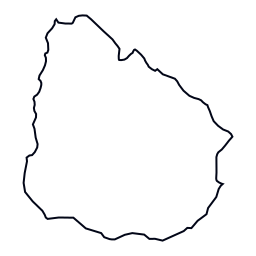 map outline of Uruguay (Mercator projection)
{"feature_id": "URY", "entity_name": "Uruguay", "entity_type": "country or territory", "adm_level": 0, "iso_a3": "URY", "parent_name": "South America", "parent_adm1": "", "projection": "mercator", "projection_center": [-56.018, -32.517], "detail": "fine", "context": "isolated", "style": "outline", "palette": "ink", "viewbox_px": 256, "rotation_deg": 0, "n_neighbors": 0, "source": "natural_earth", "source_scale": "50m", "svg_char_len": 1713}
<svg xmlns="http://www.w3.org/2000/svg" viewBox="0 0 256 256"><path d="M222.7,184.0L220.8,185.7L218.7,189.0L216.3,197.0L208.1,208.0L206.5,214.2L197.6,220.8L191.4,228.1L187.3,227.9L183.7,231.1L162.6,240.6L155.0,238.8L149.4,238.9L144.2,234.6L132.3,233.1L124.8,234.8L114.8,239.4L111.8,239.4L109.6,239.1L104.2,237.2L101.2,233.1L85.8,228.4L73.4,217.7L58.8,217.5L47.6,218.9L45.8,217.5L44.7,214.7L42.4,210.8L32.7,201.4L25.1,192.0L23.6,182.9L24.7,173.0L27.0,161.3L26.6,157.6L29.4,155.5L32.1,155.1L34.8,152.1L37.2,147.5L37.6,144.1L35.7,137.7L34.5,128.8L32.9,124.4L36.0,117.4L36.1,114.0L34.4,111.0L33.9,108.0L34.7,104.9L34.5,101.8L33.4,99.0L34.3,96.6L37.1,94.7L39.2,91.8L40.6,87.9L41.3,84.9L41.3,82.9L40.5,80.9L38.7,79.1L39.5,75.5L42.9,70.1L45.0,65.3L46.0,61.2L45.9,57.8L44.8,55.2L45.3,53.5L47.4,52.6L48.3,49.9L48.0,43.2L45.8,37.7L47.5,33.3L52.1,28.3L54.6,24.2L54.8,21.1L56.2,19.3L58.4,22.6L65.1,23.5L71.7,23.6L72.8,22.8L75.4,17.3L78.8,15.8L82.6,15.4L86.7,15.6L91.1,19.3L103.4,31.1L112.5,39.4L115.3,43.3L117.7,46.2L119.5,48.9L118.7,56.0L118.8,59.1L119.2,60.0L121.3,60.1L124.4,59.6L127.0,58.1L129.0,55.8L131.0,53.9L132.6,52.9L133.2,51.4L134.1,49.9L135.0,49.5L136.8,50.7L141.1,54.7L144.3,58.5L145.1,60.6L146.4,62.9L147.8,64.8L148.7,66.7L151.9,69.2L155.1,70.8L157.3,69.2L162.8,74.3L174.9,78.7L177.2,81.3L179.2,85.0L183.5,90.7L189.4,95.8L194.1,97.9L198.6,99.1L201.1,100.3L202.9,102.2L205.6,104.3L207.4,105.1L208.0,107.0L209.8,111.1L211.6,116.3L213.7,121.2L218.1,125.8L223.1,129.5L228.2,131.5L231.1,134.1L232.4,136.7L228.9,140.7L225.1,145.6L221.8,149.5L218.3,152.3L217.2,154.2L216.4,157.1L216.5,172.6L216.2,178.3L216.4,179.9L216.9,180.9L219.1,182.5L221.7,183.7L222.7,184.0Z" fill="none" stroke="#020617" stroke-width="2"/></svg>